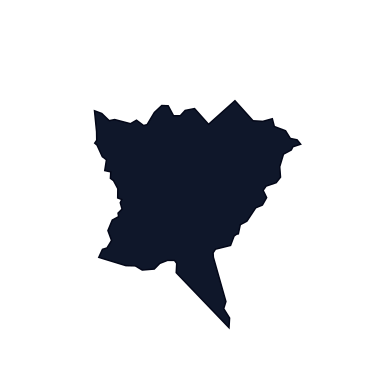 Silver Bow, Montana, United States of America, rotated 48°
{"feature_id": "52423323B9619411594727", "entity_name": "Silver Bow", "entity_type": "district", "adm_level": 2, "iso_a3": "USA", "parent_name": "United States of America", "parent_adm1": "Montana", "projection": "mercator", "projection_center": [-112.671, 45.905], "detail": "fine", "context": "isolated", "style": "filled", "palette": "ink", "viewbox_px": 384, "rotation_deg": 48, "n_neighbors": 0, "source": "geoboundaries", "source_scale": "gbopen_adm2", "svg_char_len": 1158}
<svg xmlns="http://www.w3.org/2000/svg" viewBox="0 0 384 384"><g transform="rotate(48 192 192)"><path d="M178.2,305.0L202.5,290.4L208.9,283.6L216.7,281.2L224.0,271.6L223.5,263.7L226.4,256.0L231.1,250.8L234.8,251.1L241.4,257.7L317.6,255.3L310.8,248.4L299.9,246.5L296.1,240.1L254.8,219.8L251.3,217.0L250.2,212.8L257.5,199.1L252.9,190.2L253.2,187.1L254.1,185.6L248.6,178.0L250.4,170.7L246.4,155.2L248.8,148.4L246.1,140.3L242.1,139.1L238.4,138.1L237.2,133.0L241.4,123.2L240.2,116.3L231.9,109.9L225.1,98.7L227.2,90.1L225.9,86.8L229.2,79.3L223.5,79.0L218.0,83.1L209.1,81.5L198.4,87.0L191.3,83.3L186.9,92.1L179.9,99.0L152.9,99.0L152.8,126.5L152.8,134.4L131.7,134.3L126.8,142.5L127.5,149.7L123.0,154.7L112.0,152.0L107.5,156.6L107.7,166.7L111.9,180.3L110.2,183.5L101.5,185.2L100.1,192.0L86.4,201.0L83.6,205.8L73.3,206.5L66.4,210.1L83.4,222.6L89.8,228.2L90.6,231.6L93.6,231.2L105.7,235.0L110.8,234.0L117.7,242.5L122.7,238.9L127.3,243.5L131.0,242.7L139.9,244.9L146.7,251.2L150.6,249.2L152.0,252.5L157.9,255.4L158.2,261.1L161.2,263.0L159.5,270.0L164.4,280.3L174.2,284.2L176.7,292.6L174.7,296.9L178.2,305.0Z" fill="#0f172a" stroke="#020617" stroke-width="1.5"/></g></svg>